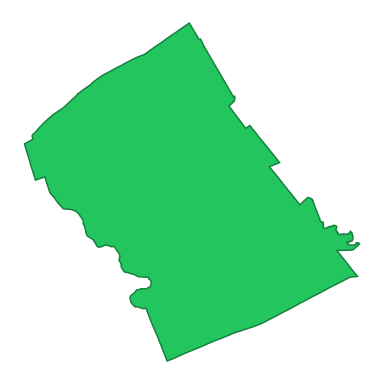 the district of Ciolanesti, Teleorman, Romania
{"feature_id": "2599482B19032690009804", "entity_name": "Ciolanesti", "entity_type": "district", "adm_level": 2, "iso_a3": "ROU", "parent_name": "Romania", "parent_adm1": "Teleorman", "projection": "albers", "projection_center": [25.104, 44.33], "detail": "fine", "context": "isolated", "style": "filled", "palette": "green", "viewbox_px": 384, "rotation_deg": 0, "n_neighbors": 0, "source": "geoboundaries", "source_scale": "gbopen_adm2", "svg_char_len": 5878}
<svg xmlns="http://www.w3.org/2000/svg" viewBox="0 0 384 384"><path d="M357.5,276.4L352.5,270.3L345.4,261.2L336.8,250.5L349.6,250.2L351.2,250.1L352.4,249.9L353.4,249.5L354.4,248.7L355.9,247.3L356.9,246.3L357.3,246.2L357.8,245.7L358.8,244.4L359.1,244.2L359.5,244.1L359.0,243.3L358.9,243.2L358.3,243.1L358.2,242.8L358.1,242.7L356.9,242.9L356.6,242.8L356.3,243.0L356.5,243.3L356.2,243.5L356.0,244.0L354.9,244.8L353.9,244.9L353.1,245.2L351.9,245.2L351.1,245.0L350.5,245.2L350.2,245.2L349.2,244.9L348.0,244.3L347.9,244.1L348.0,243.9L347.9,243.6L347.7,243.4L347.1,243.2L346.8,242.5L346.9,242.1L347.0,241.9L347.9,241.9L348.4,241.7L348.7,241.7L349.8,242.3L349.9,242.2L349.6,241.7L349.6,241.4L349.9,241.1L350.3,240.8L351.3,241.0L352.1,240.9L352.4,240.6L352.7,239.7L352.9,238.0L353.0,237.7L352.9,237.5L352.9,236.8L352.8,235.5L352.2,235.4L352.1,235.1L352.1,234.8L352.2,234.4L352.2,233.4L351.1,232.2L350.7,231.5L350.4,231.3L350.2,231.5L350.2,232.1L350.2,232.6L349.2,233.8L348.8,233.3L348.6,233.2L347.7,233.9L346.1,234.5L345.5,234.4L345.3,234.2L345.0,234.2L343.7,233.7L343.5,234.0L343.3,234.2L342.3,234.5L342.2,234.5L341.7,234.1L341.2,234.3L340.8,234.4L340.4,234.6L339.6,234.7L339.0,234.3L338.3,234.3L337.7,234.0L337.6,233.5L338.0,233.2L338.1,232.9L337.9,232.7L337.5,232.8L337.3,232.7L337.2,232.5L337.3,231.9L337.2,231.5L336.5,231.1L335.8,230.4L335.8,230.2L336.2,229.5L336.2,229.3L336.1,228.5L336.1,228.3L336.8,227.5L336.8,227.3L336.6,226.8L336.5,226.4L336.2,226.0L335.9,225.9L335.3,225.5L334.8,225.7L334.6,225.7L334.2,225.6L333.7,225.2L333.5,225.3L332.5,225.7L332.1,226.2L331.5,226.5L331.0,226.3L329.8,226.6L329.3,226.9L328.7,226.9L328.3,226.9L328.0,227.3L327.4,227.4L326.0,228.3L324.6,228.5L323.7,227.9L323.5,227.6L323.5,227.4L323.6,226.9L323.6,226.7L323.2,226.1L323.5,225.4L323.5,225.1L323.4,224.8L323.0,224.1L323.0,223.9L323.4,223.5L323.2,222.3L323.0,222.1L321.3,221.9L320.9,221.5L320.7,221.1L320.4,221.2L320.1,220.8L319.9,220.3L319.8,219.8L319.9,219.1L319.8,218.3L319.1,217.8L318.9,217.4L318.6,215.7L317.6,213.6L317.0,211.6L316.6,211.3L316.2,209.8L315.5,208.4L314.5,205.4L314.2,204.4L313.3,202.4L312.9,200.6L312.3,199.6L312.1,199.3L311.5,198.8L310.2,198.2L308.1,197.5L307.7,197.6L305.4,199.7L304.6,200.3L303.4,201.4L303.1,201.9L299.8,204.8L289.8,192.1L288.8,191.0L284.4,185.5L282.9,183.7L282.1,182.5L269.4,166.7L279.6,162.6L268.0,148.1L267.5,147.4L259.9,138.2L258.2,136.2L257.0,134.4L253.8,130.5L249.8,125.5L248.4,126.4L245.8,128.5L239.0,119.4L238.5,118.9L236.7,116.3L229.0,106.1L234.0,101.4L233.6,101.2L234.5,100.3L234.5,99.1L235.0,98.4L234.9,97.4L234.6,96.2L233.3,96.7L232.6,95.4L203.2,44.9L202.9,44.0L201.1,39.9L200.6,39.3L199.9,39.1L199.0,39.1L198.6,38.7L197.6,36.9L197.3,36.5L194.3,31.3L192.9,29.1L190.1,24.2L189.3,23.0L188.2,23.9L183.9,26.7L177.0,31.6L172.1,34.9L166.3,38.9L163.1,41.4L154.2,47.4L144.0,54.7L141.3,55.6L139.1,56.5L137.9,56.9L135.4,58.0L126.4,62.6L119.6,66.3L115.8,68.2L112.3,70.2L103.3,74.9L102.1,75.6L98.6,78.0L91.9,83.1L91.7,83.4L91.6,83.6L91.6,84.1L84.7,88.7L78.5,93.4L77.4,94.0L77.3,94.3L77.4,94.7L77.2,95.0L72.9,98.8L66.4,105.0L65.0,106.4L62.4,108.4L59.8,110.1L58.1,111.3L52.2,115.3L52.3,115.4L51.4,116.3L49.1,118.2L46.4,120.5L45.7,121.2L45.2,121.6L38.7,128.3L36.4,131.2L33.1,134.3L32.5,135.1L32.2,135.6L32.1,136.1L32.2,136.5L32.9,139.2L24.5,143.9L27.9,155.4L29.8,161.4L30.4,163.7L30.8,165.3L35.5,180.1L44.8,176.9L45.7,179.6L46.1,181.2L46.5,182.1L46.9,183.5L47.7,185.5L48.2,187.6L49.6,191.7L50.4,193.4L50.6,193.7L51.5,194.7L52.4,195.5L54.4,197.9L56.8,201.3L58.9,204.0L60.5,205.6L62.9,208.4L63.2,208.7L63.9,208.8L67.8,209.2L70.2,209.3L71.2,209.5L71.6,209.7L74.1,210.5L76.5,211.8L77.6,212.6L79.2,214.6L82.7,219.7L83.0,220.2L83.2,220.8L83.2,221.5L83.1,222.8L83.1,223.4L83.3,223.9L83.4,224.2L84.1,225.2L84.3,225.6L84.9,227.8L85.5,229.7L86.2,233.6L86.5,234.1L87.3,235.8L87.7,236.2L88.1,236.6L88.7,236.9L89.5,237.2L92.4,239.2L93.6,240.1L94.1,240.8L93.8,241.0L95.2,242.6L95.3,242.9L95.5,243.7L96.0,244.4L97.0,246.2L97.8,246.7L98.3,247.0L98.8,247.1L99.8,247.1L101.0,246.9L102.1,246.5L103.9,245.6L104.8,245.2L105.4,245.2L106.8,245.2L108.2,245.6L109.9,246.1L111.1,246.7L111.5,246.8L112.8,246.6L113.5,246.2L113.9,246.3L115.4,248.2L115.6,248.8L116.1,249.3L117.2,251.1L117.7,251.5L118.3,252.2L119.3,254.1L119.7,255.3L119.9,256.5L119.9,256.9L119.4,258.5L119.2,259.3L119.3,260.7L119.3,261.1L119.4,261.4L119.7,261.7L120.2,262.2L120.5,262.5L120.8,263.4L121.2,265.2L121.2,266.8L121.4,267.4L122.3,268.8L122.9,270.0L124.4,271.8L125.0,272.1L128.7,272.8L130.0,273.3L130.4,273.6L131.5,273.9L133.6,274.2L135.3,275.1L136.7,276.0L139.1,276.9L141.4,276.8L144.1,277.2L148.3,277.2L148.5,277.5L148.6,278.2L148.9,279.0L149.5,279.6L150.7,280.3L150.9,280.5L151.1,281.1L151.0,282.4L151.1,283.8L150.5,286.1L150.3,286.5L149.9,287.0L147.0,288.3L144.7,289.0L144.1,289.0L142.7,288.7L141.2,288.6L139.0,289.6L138.1,289.8L137.2,289.8L136.8,289.9L136.3,290.2L135.5,291.5L135.3,291.9L133.2,293.9L131.9,294.7L131.2,295.2L130.3,296.5L130.1,297.6L130.1,298.8L130.2,299.3L130.3,299.5L130.6,299.8L130.7,301.1L130.6,301.6L130.8,302.0L131.3,302.5L132.4,304.2L134.0,306.0L135.4,306.9L136.0,307.0L137.3,306.9L138.1,306.9L138.7,307.1L140.5,307.9L143.2,308.7L143.7,308.7L145.6,308.2L145.8,308.2L145.8,308.5L146.2,308.9L146.4,309.3L151.5,322.6L154.2,329.0L157.3,336.0L159.7,342.2L161.4,346.3L161.7,346.6L161.7,347.4L161.9,347.8L164.9,355.3L167.1,361.0L171.4,359.4L173.0,358.7L183.0,354.2L186.1,352.8L202.8,346.0L207.6,343.8L214.4,340.9L220.8,338.5L231.8,334.0L233.1,333.4L233.8,332.9L233.9,332.7L234.2,333.0L239.1,331.3L239.8,331.2L245.0,329.4L254.0,326.5L254.3,326.3L260.1,324.2L265.0,321.8L268.7,319.8L280.5,313.7L282.2,312.7L287.9,309.9L293.0,307.1L301.0,302.7L307.9,299.2L313.5,296.1L319.9,292.9L331.1,286.8L336.4,284.2L339.8,282.4L341.2,281.8L345.9,279.2L346.4,278.9L347.7,278.7L347.8,278.6L347.7,278.1L347.8,278.0L349.7,277.4L350.5,277.2L357.5,276.4Z" fill="#22c55e" stroke="#15803d" stroke-width="1.5"/></svg>